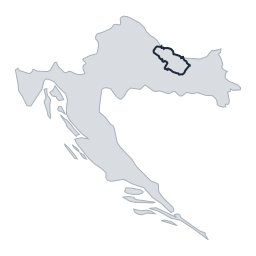 Viroviticko-Podravska highlighted on a map of Croatia
{"feature_id": "HRV-1606", "entity_name": "Viroviticko-Podravska", "entity_type": "County", "adm_level": 1, "iso_a3": "HRV", "parent_name": "Croatia", "parent_adm1": "", "projection": "orthographic", "projection_center": [17.571, 45.727], "detail": "medium", "context": "in_parent", "style": "outline", "palette": "slate", "viewbox_px": 256, "rotation_deg": 0, "n_neighbors": 0, "source": "natural_earth", "source_scale": "10m", "svg_char_len": 5066}
<svg xmlns="http://www.w3.org/2000/svg" viewBox="0 0 256 256"><path d="M17.8,68.2L19.1,70.4L29.0,73.6L31.3,72.5L32.6,70.8L32.7,69.6L33.6,69.3L37.0,71.2L47.9,71.5L50.2,70.2L54.5,62.8L55.9,62.2L56.7,62.5L57.3,64.8L58.8,67.0L64.1,72.2L66.1,72.9L68.2,71.6L70.3,71.3L76.2,74.1L81.2,74.8L84.9,73.5L83.2,69.4L83.0,67.3L83.3,65.5L85.9,63.8L85.8,63.0L82.8,59.8L83.0,59.0L89.8,55.6L96.3,53.8L97.4,52.3L98.5,45.7L98.2,42.1L95.6,38.7L95.5,37.1L96.2,35.3L97.2,33.8L102.9,32.1L111.1,28.4L113.7,24.8L115.2,24.3L119.7,24.9L120.7,24.0L120.2,18.8L121.0,17.5L123.4,16.1L127.4,16.7L130.7,18.1L139.3,22.8L143.9,27.0L146.5,31.7L150.0,35.3L154.4,37.9L157.8,41.4L160.4,45.8L164.0,48.3L168.7,48.8L171.7,50.3L172.9,52.8L175.4,55.0L179.3,57.0L185.2,58.1L200.3,59.0L206.9,56.5L211.9,50.4L214.0,50.8L220.9,48.9L220.5,52.5L218.5,54.2L220.7,57.9L222.8,64.0L221.7,67.0L223.1,69.3L227.4,71.6L226.2,72.3L225.3,74.3L225.2,77.9L228.7,81.2L237.8,84.8L240.6,87.8L240.6,89.1L240.2,89.9L233.2,90.4L230.5,88.9L230.3,91.3L227.7,92.2L229.3,101.0L228.8,103.6L227.8,104.5L225.9,104.1L225.3,104.9L225.8,106.8L223.3,107.1L219.2,106.2L217.3,104.5L216.9,101.1L215.6,98.4L212.3,95.7L205.6,95.3L197.8,92.7L192.1,93.6L186.7,92.4L182.0,95.9L179.6,95.9L174.9,91.5L173.5,91.3L169.3,93.5L167.7,93.6L160.8,91.2L158.3,90.9L156.4,91.6L153.2,90.8L145.2,85.0L140.3,89.3L130.3,88.1L127.3,91.0L123.8,96.6L121.0,99.3L118.6,98.3L115.8,95.8L111.0,89.3L108.5,88.1L105.6,87.7L103.1,88.4L101.7,89.7L99.4,107.2L99.3,112.1L104.7,116.8L111.1,124.8L113.2,125.8L114.2,128.4L117.2,142.5L120.5,147.5L131.8,159.2L136.5,166.6L151.0,181.0L157.5,183.6L158.5,184.9L158.6,190.5L159.3,192.6L163.6,198.4L172.4,206.9L173.5,208.9L173.8,210.3L173.2,211.4L170.9,212.6L160.7,203.0L152.7,197.7L143.8,187.7L131.9,183.7L123.7,179.3L113.3,181.1L110.0,181.1L107.6,180.3L105.9,177.6L106.0,172.8L101.3,168.4L94.9,164.1L88.9,158.6L77.0,143.9L74.7,139.3L81.0,137.7L88.3,138.8L80.6,132.5L69.7,120.2L66.6,114.5L66.4,108.4L67.5,100.0L65.7,94.0L57.4,85.9L54.4,81.8L48.2,79.1L45.4,79.2L43.6,82.2L42.1,88.8L30.9,106.0L26.9,105.7L22.7,97.1L18.6,90.5L18.0,83.8L15.4,70.0L17.8,68.2ZM205.1,233.0L205.2,235.0L208.4,239.9L194.0,229.1L180.4,220.3L170.9,218.1L157.8,210.9L149.3,208.4L156.3,207.8L176.4,217.4L174.2,214.8L177.1,213.8L179.5,214.5L181.1,217.7L192.5,226.0L199.7,230.9L205.1,233.0ZM50.7,116.4L50.3,118.5L48.1,115.8L47.1,110.9L44.4,103.1L44.1,100.9L45.8,98.8L45.8,96.6L44.0,89.7L45.7,88.7L46.8,88.6L47.0,93.3L47.9,96.0L50.6,99.5L49.8,105.0L50.1,112.8L50.7,116.4ZM63.8,99.6L59.0,100.6L56.8,98.4L56.3,96.7L52.4,96.0L49.7,92.4L53.1,89.9L55.1,85.8L61.2,94.7L63.8,99.6ZM139.1,194.3L132.8,194.4L127.4,193.3L124.7,191.6L125.8,187.8L131.9,188.2L141.1,190.0L143.3,192.0L142.6,192.9L139.1,194.3ZM155.3,202.3L152.5,202.9L134.8,202.3L129.6,201.1L122.8,197.2L128.6,196.5L133.9,197.4L135.5,199.5L155.3,202.3ZM77.3,135.0L76.3,136.4L66.9,126.5L65.9,123.3L61.3,116.6L60.6,114.7L64.9,119.2L66.5,119.7L70.6,124.0L74.6,129.5L79.4,134.3L77.3,135.0ZM133.6,209.2L140.9,210.8L146.3,210.2L151.2,211.1L155.0,213.7L146.6,213.1L141.5,214.8L137.0,213.8L135.4,212.7L134.2,211.2L133.6,209.2ZM76.7,157.6L77.2,158.9L74.6,158.3L65.4,146.1L64.4,143.8L67.8,146.7L76.7,157.6ZM61.4,106.7L65.1,114.0L61.5,111.7L58.3,110.7L57.7,109.1L58.9,106.5L61.4,106.7ZM171.8,221.8L177.2,225.6L161.2,220.6L164.7,220.1L171.8,221.8ZM84.0,155.0L86.4,159.1L84.0,158.2L81.5,155.6L80.0,152.8L84.0,155.0ZM78.6,150.0L79.1,151.9L74.4,148.2L72.3,144.6L78.6,150.0Z" fill="#d9dde1" stroke="#a8b0b8" stroke-width="1"/><path d="M160.3,46.7L160.6,47.0L161.0,47.1L161.5,46.5L161.7,47.4L161.6,47.9L161.7,48.0L162.5,48.0L163.4,47.6L163.8,47.8L164.0,48.7L164.4,48.4L164.5,48.2L164.8,48.0L168.1,48.1L169.7,48.5L171.1,49.1L172.9,51.0L173.1,51.5L173.2,52.0L173.4,52.8L173.4,53.4L173.5,54.1L173.9,54.3L174.7,54.3L179.3,55.7L180.5,56.5L181.2,57.8L181.2,58.1L181.7,58.0L181.9,57.6L182.1,57.1L182.4,56.9L183.0,56.9L183.3,58.0L183.7,58.9L184.1,59.7L184.3,60.2L184.5,60.5L185.7,60.9L185.9,61.0L186.2,61.2L186.4,61.5L186.8,62.2L186.9,62.6L187.0,63.3L187.3,63.6L187.7,63.9L189.6,64.9L189.7,65.1L189.8,65.7L188.9,66.1L185.3,70.5L184.7,72.0L184.4,72.6L184.1,73.0L183.9,73.3L182.5,74.3L182.3,74.4L182.1,74.5L181.6,74.3L181.0,74.3L179.7,74.5L179.4,74.5L179.0,74.5L178.8,74.3L178.7,74.1L178.6,73.9L178.5,73.6L178.3,73.4L177.9,73.3L176.2,73.1L175.8,72.9L175.5,72.7L173.3,72.1L172.0,71.2L171.7,70.9L171.3,70.4L171.1,70.3L170.9,70.2L168.2,68.7L168.1,68.9L168.1,69.3L167.9,69.6L167.7,69.8L167.4,69.9L167.0,69.5L166.8,69.3L166.5,69.1L164.9,68.8L164.7,67.9L167.3,63.3L167.3,62.6L167.2,62.4L165.6,61.3L165.3,61.1L165.0,61.0L164.8,61.0L164.6,61.0L164.4,61.2L164.2,61.4L163.9,61.7L163.7,61.8L163.2,61.8L162.5,61.2L162.3,61.0L162.2,60.8L162.3,60.6L162.5,60.2L162.5,59.7L162.3,59.2L162.2,59.1L160.8,59.2L160.6,58.9L160.2,58.5L159.6,58.1L159.3,57.8L159.2,57.5L159.2,57.3L159.2,56.6L159.1,56.3L153.9,52.7L153.7,51.7L153.6,51.4L153.7,51.2L153.8,50.8L153.8,50.7L153.7,50.4L153.7,50.2L154.0,49.9L154.6,49.2L155.7,47.5L155.9,47.3L156.1,47.1L156.9,46.6L157.3,46.5L157.6,46.5L159.6,46.8L160.0,46.8L160.2,46.7L160.3,46.7Z" fill="none" stroke="#1e293b" stroke-width="2"/></svg>